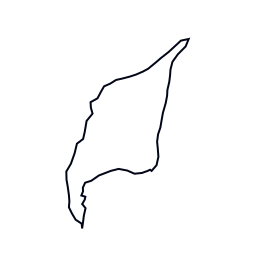 La Nya, Logone Oriental, Chad, rotated 218°
{"feature_id": "50815135B28220035440725", "entity_name": "La Nya", "entity_type": "district", "adm_level": 2, "iso_a3": "TCD", "parent_name": "Chad", "parent_adm1": "Logone Oriental", "projection": "natural_earth1", "projection_center": [16.579, 8.562], "detail": "fine", "context": "isolated", "style": "outline", "palette": "ink", "viewbox_px": 256, "rotation_deg": 218, "n_neighbors": 0, "source": "geoboundaries", "source_scale": "gbopen_adm2", "svg_char_len": 1089}
<svg xmlns="http://www.w3.org/2000/svg" viewBox="0 0 256 256"><g transform="rotate(218 128 128)"><path d="M83.0,108.7L82.6,116.2L86.3,124.0L92.3,130.6L96.6,135.1L100.4,141.5L102.8,148.3L105.6,153.5L109.8,161.4L113.6,170.8L117.0,177.4L120.4,182.3L123.8,189.6L127.2,195.3L130.5,200.2L133.7,207.5L134.1,216.8L132.8,227.8L135.0,235.5L140.1,229.4L141.2,222.6L142.8,212.8L145.2,203.1L146.4,197.0L148.6,187.1L151.0,181.6L154.6,175.0L158.3,169.5L163.2,163.1L167.0,158.5L169.3,152.1L172.5,146.1L171.7,140.4L170.3,132.6L173.4,125.3L169.8,121.2L164.8,117.5L165.0,108.1L159.7,98.3L156.6,91.7L158.6,84.2L154.5,75.2L151.0,64.7L149.8,55.7L144.6,49.4L139.2,44.5L133.3,38.8L129.1,34.2L125.7,29.1L119.7,26.2L112.8,23.5L105.6,24.1L102.3,20.6L104.7,24.8L108.9,31.9L112.1,38.7L117.3,39.9L117.4,40.6L117.4,40.8L118.0,45.0L119.3,47.6L123.2,46.1L124.4,50.3L124.5,50.5L125.7,51.9L126.8,53.1L128.1,58.5L124.5,63.7L121.7,72.7L115.1,83.7L110.2,90.0L102.5,94.0L94.7,96.0L89.3,101.2L88.2,103.0L86.8,105.2L86.5,105.6L86.3,105.9L84.9,108.7L84.7,108.7L83.0,108.7Z" fill="none" stroke="#020617" stroke-width="2"/></g></svg>